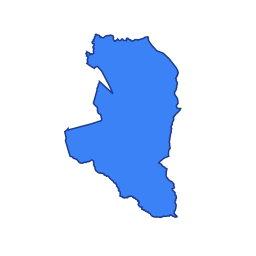 Asutifi North, Brong Ahafo, Ghana (Albers equal-area conic projection), rotated 254°
{"feature_id": "2480657B98266466330064", "entity_name": "Asutifi North", "entity_type": "district", "adm_level": 2, "iso_a3": "GHA", "parent_name": "Ghana", "parent_adm1": "Brong Ahafo", "projection": "albers", "projection_center": [-2.56, 7.077], "detail": "fine", "context": "isolated", "style": "filled", "palette": "blue", "viewbox_px": 256, "rotation_deg": 254, "n_neighbors": 0, "source": "geoboundaries", "source_scale": "gbopen_adm2", "svg_char_len": 5836}
<svg xmlns="http://www.w3.org/2000/svg" viewBox="0 0 256 256"><g transform="rotate(254 128 128)"><path d="M143.1,69.1L141.9,66.2L135.2,65.8L133.1,64.4L117.1,64.5L116.3,65.0L115.9,66.4L113.9,67.2L112.9,68.8L111.4,70.4L108.6,71.5L107.7,72.3L107.0,73.5L106.7,74.7L107.1,76.8L106.6,77.7L106.4,78.6L106.9,79.4L106.4,81.3L106.8,82.0L106.7,82.6L107.3,83.8L107.2,84.5L106.7,85.1L106.2,85.5L105.3,85.6L104.3,85.5L102.6,84.9L101.2,84.9L99.0,85.4L98.0,85.1L96.1,85.2L95.5,85.7L93.8,86.7L93.0,87.5L92.3,88.7L92.3,89.4L91.8,90.0L91.7,90.7L91.0,91.3L90.8,92.2L90.6,92.3L89.7,92.1L89.2,92.5L88.6,93.5L88.0,94.0L87.6,94.0L87.3,95.4L86.2,96.2L85.5,96.3L83.2,97.5L81.4,99.0L80.7,99.0L79.0,99.7L78.0,101.2L77.5,101.2L77.3,101.0L76.5,101.4L75.9,101.3L74.9,101.1L73.8,101.9L72.5,102.0L72.2,102.5L71.9,102.5L71.2,101.8L70.2,101.8L69.5,102.4L69.1,102.4L68.4,102.8L67.4,102.4L66.2,102.3L65.2,101.6L65.1,101.8L64.6,101.8L63.9,103.1L63.6,103.2L63.6,103.6L63.1,103.6L62.5,103.9L62.3,104.5L62.3,105.0L62.0,105.0L61.7,105.4L61.9,105.8L61.6,106.9L61.7,107.2L61.2,107.7L61.1,108.3L61.3,108.8L61.9,109.0L62.1,109.4L61.8,110.1L61.7,110.6L62.0,110.7L61.7,111.5L61.7,112.2L60.7,113.5L60.3,113.6L60.2,113.8L60.0,113.7L59.9,113.9L59.7,113.9L59.2,114.4L59.3,114.7L59.0,114.9L58.8,114.8L58.4,115.6L58.0,115.5L57.8,115.8L57.4,115.9L56.3,117.2L55.4,117.2L55.3,117.5L55.2,117.3L54.5,117.3L53.9,117.9L53.5,118.0L53.4,118.3L53.1,118.3L52.3,117.2L51.7,116.8L50.8,116.9L49.2,117.5L48.3,118.8L48.4,119.5L48.1,119.7L47.8,119.4L47.5,119.6L47.3,119.4L46.9,119.4L46.5,119.2L46.4,118.9L46.1,118.9L45.8,119.4L45.6,119.5L45.3,120.2L44.6,120.6L44.5,121.1L44.3,121.1L44.5,121.2L43.9,121.6L43.9,121.8L43.8,121.6L43.1,121.9L42.7,122.9L41.9,123.4L41.4,124.0L41.5,124.2L41.1,124.2L40.3,124.9L39.9,125.6L39.4,125.8L38.4,126.0L37.8,126.4L37.0,126.7L36.3,127.2L35.5,128.3L35.5,128.8L34.5,130.5L34.4,132.0L33.2,134.4L33.3,135.1L33.0,135.5L33.4,137.3L33.1,138.7L32.6,140.1L32.5,142.1L31.9,143.3L32.0,143.5L32.6,144.0L32.9,144.6L32.9,145.0L31.7,145.9L29.5,148.5L29.5,149.0L29.2,149.3L29.1,149.7L29.2,150.6L30.5,150.4L30.7,149.8L31.0,149.6L31.5,149.6L33.4,148.9L34.6,149.2L35.7,150.5L37.7,151.8L40.7,153.1L44.0,152.6L44.9,153.2L45.4,154.0L46.3,154.1L47.3,155.2L48.2,155.4L49.9,155.5L50.9,154.6L52.4,155.3L53.0,155.4L53.5,155.2L55.4,153.9L57.1,153.7L57.3,153.7L57.3,154.6L57.8,156.1L58.9,156.2L59.9,155.8L60.2,156.0L60.6,156.5L61.2,156.4L61.6,156.6L62.4,156.0L63.3,156.0L64.2,155.3L64.7,154.8L65.0,154.6L65.5,154.0L66.2,153.5L66.6,153.1L67.6,152.6L67.9,152.2L68.8,152.3L69.4,151.8L70.6,151.4L72.2,151.5L73.9,152.4L75.2,152.4L76.0,153.2L76.8,153.3L77.4,153.9L78.0,154.2L79.5,152.6L80.3,152.3L81.2,151.5L82.0,150.5L83.3,150.3L84.0,150.0L85.7,148.1L86.2,148.0L89.1,154.2L89.6,159.4L91.5,159.5L95.7,161.2L96.2,161.9L96.3,162.3L97.0,163.0L97.8,162.8L98.9,163.2L100.6,163.4L101.8,163.8L103.2,163.8L105.3,164.9L106.2,164.9L106.4,165.3L107.3,165.6L107.8,166.1L108.8,166.4L109.7,166.9L110.4,167.0L110.6,167.5L111.4,167.6L111.7,167.9L111.8,168.2L112.4,168.2L112.8,168.6L114.7,169.1L115.4,169.9L117.3,169.5L118.0,170.2L118.5,170.9L118.9,171.0L119.1,171.5L120.5,171.9L121.2,172.3L123.1,174.1L124.9,174.6L125.4,174.3L125.7,174.9L126.1,175.1L126.4,175.6L126.9,175.8L127.4,177.2L127.9,177.4L128.3,178.0L128.8,179.3L129.5,180.5L129.8,180.7L130.2,181.8L130.5,182.1L131.2,183.2L132.2,184.0L132.8,182.2L133.6,180.7L135.2,180.5L136.5,180.9L137.8,182.9L142.0,183.6L144.7,183.1L146.6,182.2L147.5,182.2L149.6,182.5L150.5,183.9L151.4,184.6L153.6,186.0L154.9,186.3L157.0,187.7L157.7,187.8L159.2,187.7L159.9,187.3L161.7,187.8L162.7,187.6L163.9,189.0L164.7,189.3L164.7,189.9L165.8,190.2L166.1,190.8L166.6,191.1L166.9,191.1L167.0,191.4L168.9,191.6L172.7,190.9L183.3,186.6L190.1,182.5L194.3,177.0L200.3,174.0L202.4,173.1L206.2,171.9L210.2,172.3L210.5,169.1L209.9,167.5L209.9,164.3L209.8,163.2L210.0,162.3L209.7,161.7L210.4,161.2L210.7,159.7L211.1,159.1L211.0,158.7L210.4,158.0L210.4,156.0L211.1,155.6L210.9,155.4L211.0,155.1L211.5,154.7L212.3,154.4L212.8,153.4L213.2,153.1L213.6,152.5L213.8,152.4L214.2,152.7L214.3,152.6L214.5,152.0L214.2,151.7L214.3,151.3L212.5,150.5L212.9,149.9L213.2,148.3L213.8,147.7L214.8,147.4L215.3,146.7L214.9,146.1L214.5,145.7L214.2,144.4L215.0,143.1L215.9,142.9L216.4,142.6L216.0,142.2L216.1,141.9L215.8,141.7L215.5,141.1L215.4,140.3L215.0,139.9L214.8,139.3L215.0,139.0L215.4,139.1L217.0,138.3L218.0,138.5L218.7,139.0L220.5,139.0L221.5,137.9L221.5,137.5L222.1,136.9L222.1,135.3L222.4,134.5L222.6,132.3L222.5,131.5L221.8,129.9L221.6,129.1L221.9,128.1L222.9,127.4L222.8,126.1L223.4,126.0L224.1,126.3L224.7,126.2L226.1,124.0L226.3,123.4L226.9,123.2L226.9,122.7L226.6,122.3L225.7,122.3L225.1,121.8L224.9,121.2L223.9,120.6L223.4,120.6L222.4,119.0L221.7,119.0L221.3,118.6L221.2,118.7L221.2,118.2L220.9,118.0L220.9,117.5L220.4,117.2L220.1,117.1L219.0,117.2L218.1,118.6L217.2,118.5L216.8,117.9L215.5,116.6L214.6,116.5L214.4,116.6L214.1,117.3L212.2,116.1L210.9,115.8L209.6,115.9L209.0,114.8L209.0,114.5L208.8,114.1L209.4,113.3L209.1,112.7L209.4,112.7L209.2,111.8L209.5,112.1L209.5,111.9L209.9,112.0L211.0,111.3L211.3,111.0L211.4,110.7L212.4,109.8L212.0,109.8L211.7,109.5L211.9,108.9L210.9,108.0L210.5,108.4L208.8,108.6L208.3,108.6L208.3,108.3L207.3,109.1L207.0,109.2L206.1,108.6L205.9,108.2L205.1,107.8L204.7,107.8L204.3,107.6L203.9,107.8L203.8,107.6L203.4,107.7L202.7,107.2L202.2,107.4L202.1,106.9L201.7,107.0L201.5,106.7L201.3,106.3L195.9,110.8L194.6,112.1L195.2,112.7L195.3,113.6L195.7,114.1L195.7,115.0L195.4,115.7L192.1,117.4L189.9,118.4L173.6,121.8L165.1,122.9L180.6,113.4L179.8,113.2L178.0,111.5L176.8,111.0L174.6,109.1L173.1,108.8L161.4,101.6L160.7,101.7L158.2,103.0L156.1,104.3L155.2,103.9L154.2,103.9L153.2,103.4L152.1,103.3L150.7,103.5L150.0,103.8L148.4,105.4L145.3,105.2L144.1,105.3L142.5,104.5L142.1,94.0L142.6,70.1L144.0,70.2L143.1,69.1Z" fill="#3b82f6" stroke="#1e3a8a" stroke-width="1.5"/></g></svg>